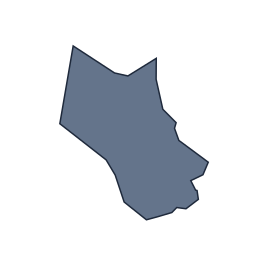 outline of Rubkona, Unity, South Sudan, rotated 338°
{"feature_id": "79223893B27394743162218", "entity_name": "Rubkona", "entity_type": "district", "adm_level": 2, "iso_a3": "SSD", "parent_name": "South Sudan", "parent_adm1": "Unity", "projection": "albers", "projection_center": [29.718, 9.304], "detail": "fine", "context": "isolated", "style": "filled", "palette": "slate", "viewbox_px": 256, "rotation_deg": 338, "n_neighbors": 0, "source": "geoboundaries", "source_scale": "gbopen_adm2", "svg_char_len": 461}
<svg xmlns="http://www.w3.org/2000/svg" viewBox="0 0 256 256"><g transform="rotate(338 128 128)"><path d="M168.6,211.8L167.4,210.9L166.5,200.3L180.0,199.4L189.6,189.8L170.5,158.6L171.0,145.7L174.6,141.1L167.3,123.7L172.3,93.4L180.3,74.0L147.4,79.7L136.1,71.9L107.9,31.4L66.4,98.5L95.8,149.4L98.5,166.8L96.7,195.2L110.7,220.0L122.5,221.4L137.0,222.8L143.4,220.0L151.5,224.6L166.5,220.5L168.6,211.8Z" fill="#64748b" stroke="#1e293b" stroke-width="1.5"/></g></svg>